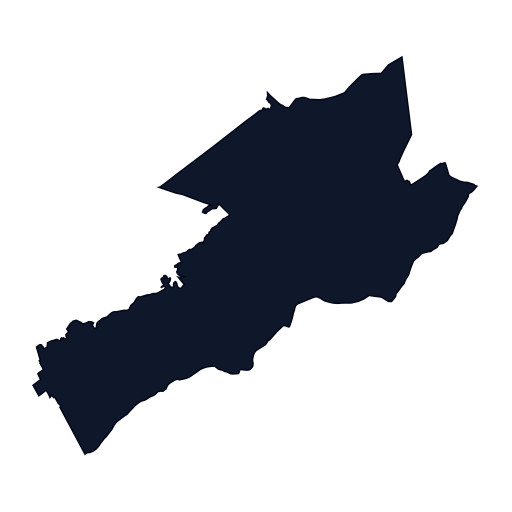 Draganu, Arges, Romania, rotated 92°
{"feature_id": "2599482B87206763535971", "entity_name": "Draganu", "entity_type": "district", "adm_level": 2, "iso_a3": "ROU", "parent_name": "Romania", "parent_adm1": "Arges", "projection": "natural_earth1", "projection_center": [24.702, 44.943], "detail": "fine", "context": "isolated", "style": "filled", "palette": "ink", "viewbox_px": 512, "rotation_deg": 92, "n_neighbors": 0, "source": "geoboundaries", "source_scale": "gbopen_adm2", "svg_char_len": 6068}
<svg xmlns="http://www.w3.org/2000/svg" viewBox="0 0 512 512"><g transform="rotate(92 256 256)"><path d="M387.0,467.0L393.0,474.3L403.3,468.1L397.4,460.9L402.5,457.9L404.6,457.0L402.2,455.4L404.6,453.2L404.2,452.4L404.8,451.7L410.2,448.5L410.9,447.3L410.9,447.1L412.2,446.3L413.1,446.2L414.1,446.6L460.0,420.0L459.3,419.1L458.7,418.1L458.3,416.9L458.1,415.1L456.4,411.4L454.7,409.3L451.4,406.5L447.9,404.4L443.6,401.2L442.2,399.8L434.4,394.1L429.4,391.6L427.6,390.2L426.2,389.0L420.8,382.4L418.5,379.2L415.5,376.8L408.8,370.7L406.5,367.9L404.9,365.4L404.0,362.4L402.7,360.1L400.7,357.4L399.4,354.5L398.1,352.3L394.9,349.2L394.6,347.8L394.2,347.1L394.5,345.2L394.3,344.2L394.0,343.7L393.2,343.0L392.3,341.4L389.4,340.4L387.7,339.4L385.5,337.1L382.6,332.5L381.9,330.3L382.4,328.0L381.1,323.0L380.0,319.8L378.8,317.6L371.3,307.7L370.3,305.9L368.7,301.9L367.9,297.5L367.5,294.2L367.5,293.4L368.8,291.6L369.8,290.5L370.6,289.1L371.2,286.0L372.5,282.9L372.8,281.3L374.5,277.5L374.7,275.5L374.2,270.0L374.0,269.4L373.4,269.0L370.6,268.3L370.0,267.9L370.4,261.3L370.1,259.2L369.4,257.8L367.4,256.0L365.7,255.3L363.5,255.2L360.6,255.8L358.9,255.8L354.4,254.9L352.7,254.2L351.0,253.1L349.5,251.3L344.5,243.7L342.7,242.4L340.3,241.1L339.9,240.7L339.3,239.4L330.8,232.5L324.9,226.6L324.6,225.5L324.7,224.0L325.8,220.6L325.1,220.0L318.8,218.1L311.1,216.5L309.1,215.8L306.0,215.3L304.3,214.6L303.5,214.0L302.4,212.7L295.6,197.8L294.7,195.2L294.6,193.5L296.0,190.0L297.8,187.1L298.5,185.6L299.8,180.5L300.3,177.1L300.5,173.3L300.0,168.4L299.6,159.1L297.7,152.1L295.2,146.8L291.7,141.9L291.4,141.1L291.7,139.7L292.6,130.0L293.3,128.0L296.7,122.3L296.8,119.1L296.2,118.5L291.8,115.2L288.7,114.7L286.2,112.7L281.0,109.3L278.4,107.1L274.8,105.9L273.1,104.8L269.2,102.8L262.4,100.9L255.6,98.5L254.0,96.8L253.3,96.3L252.6,95.3L251.0,93.6L248.2,91.0L247.5,89.8L246.7,87.5L245.8,84.2L245.3,81.3L244.1,80.1L241.0,75.3L238.5,73.9L237.5,72.9L237.0,70.1L236.4,68.7L234.0,65.5L228.3,62.2L227.0,60.9L226.3,60.6L216.1,57.4L215.1,57.3L212.8,56.5L208.7,55.9L202.4,53.3L201.6,52.5L198.9,51.5L195.7,49.3L190.4,46.5L189.1,46.0L187.3,45.9L186.5,45.5L185.3,44.3L184.9,43.4L183.8,42.0L182.5,40.8L178.5,37.7L178.0,39.4L176.8,41.0L175.1,47.1L175.0,51.0L174.2,54.8L170.1,64.1L168.6,66.0L157.7,69.6L156.2,70.4L157.3,73.8L157.0,74.6L159.3,78.0L164.9,85.3L167.4,86.9L169.6,89.0L175.9,97.8L179.9,103.7L176.0,105.7L176.0,106.6L175.1,107.8L176.5,110.2L161.2,117.6L159.6,118.1L156.9,116.5L154.1,115.6L146.2,112.4L129.2,104.8L52.0,117.1L60.4,130.3L69.1,137.1L69.7,146.3L70.8,155.5L71.6,156.9L75.4,160.7L83.9,168.6L89.7,173.1L93.8,182.3L96.7,192.3L97.6,197.7L97.6,207.6L96.0,212.7L95.9,214.7L96.1,216.0L97.0,218.8L97.5,221.4L99.6,223.1L106.1,227.6L106.7,228.4L106.4,231.8L104.6,234.9L104.1,236.3L102.6,238.6L95.6,246.9L92.3,250.2L94.5,250.0L94.8,249.6L99.1,250.9L99.6,250.1L101.8,248.5L102.7,247.2L104.0,246.1L104.7,245.9L107.2,246.2L109.3,247.5L108.1,249.1L108.6,250.2L109.5,251.4L109.4,251.7L108.2,252.1L108.2,253.0L107.8,253.5L108.1,254.2L108.6,254.3L109.8,254.1L110.5,257.0L111.6,258.6L114.9,262.4L121.7,271.0L149.3,303.9L174.3,334.7L187.3,350.3L190.4,354.3L190.7,355.3L192.7,349.0L195.9,338.2L197.0,331.7L204.5,309.7L205.6,305.4L206.8,302.4L207.0,303.0L206.9,304.2L207.9,305.6L208.8,306.2L208.8,306.6L209.8,307.2L209.8,308.1L211.7,310.3L213.4,310.5L213.9,311.0L214.4,310.4L213.8,309.5L214.1,309.2L214.8,309.2L215.2,308.5L215.2,307.9L215.0,307.2L213.8,306.4L212.5,304.9L212.4,304.3L211.7,304.1L211.5,303.8L211.6,303.4L211.4,303.1L211.1,303.0L210.2,301.2L209.9,297.5L205.2,294.9L215.2,284.1L217.0,284.6L218.4,287.3L219.4,288.4L219.8,289.8L220.6,290.7L221.4,291.1L222.2,292.1L223.4,293.0L224.5,294.4L226.7,295.8L229.4,300.4L230.7,301.6L231.5,302.0L232.7,302.0L234.0,303.8L235.6,303.8L236.5,304.6L236.4,305.5L236.9,306.1L238.4,306.8L239.6,308.0L240.6,308.1L242.0,308.0L242.7,308.3L243.4,309.1L244.9,309.0L244.2,311.1L244.6,312.4L245.2,313.6L247.9,316.7L249.3,317.4L251.8,320.8L251.8,322.6L252.5,323.8L254.0,324.9L254.6,325.8L255.6,329.0L256.9,331.5L257.0,332.8L257.4,333.8L265.1,330.2L266.0,333.5L267.4,334.7L268.2,336.4L268.8,336.9L269.8,336.9L270.0,335.7L269.8,334.5L271.1,333.8L272.9,333.8L274.4,334.6L275.6,334.4L276.0,333.7L276.9,333.4L277.4,332.5L278.2,332.0L279.2,327.7L280.2,330.7L280.2,331.9L279.9,333.0L287.0,326.7L289.0,328.5L290.7,329.3L291.0,330.5L290.3,332.7L287.3,334.1L286.0,334.2L285.3,334.9L284.5,335.3L284.4,335.9L285.1,336.6L286.0,337.2L287.5,337.5L288.8,337.1L289.8,337.6L290.3,338.3L290.5,339.2L289.7,340.4L287.1,342.4L286.0,342.9L285.5,341.9L283.2,340.9L281.7,340.7L280.9,341.1L281.5,342.1L281.4,343.7L279.5,344.6L279.1,345.1L278.7,345.8L279.0,346.2L278.7,347.1L279.1,347.6L279.7,347.5L281.5,346.8L282.5,346.6L282.8,346.8L280.7,348.1L280.8,348.6L281.3,349.3L282.4,350.2L286.1,348.6L287.6,347.2L288.8,347.8L289.8,349.1L290.5,349.6L290.7,349.4L289.7,347.6L289.5,346.5L289.6,345.8L290.0,345.5L291.1,345.6L292.3,346.2L296.2,352.5L296.8,354.0L297.0,355.0L297.1,357.4L297.7,359.2L298.4,360.6L298.7,363.6L299.2,363.6L299.1,364.6L301.0,370.2L300.8,372.0L301.3,372.8L302.8,374.0L306.8,376.2L309.7,379.3L314.1,381.2L314.8,383.1L315.0,386.9L316.6,393.2L316.6,395.2L317.2,397.3L318.5,399.2L322.2,402.8L323.4,406.6L324.3,408.1L324.9,408.5L326.6,410.7L328.1,412.2L329.6,412.8L332.5,413.0L334.1,413.9L334.6,414.7L332.0,416.3L330.3,417.6L329.5,416.4L328.4,416.0L327.6,417.9L327.4,420.6L329.7,425.3L329.7,426.9L328.5,428.6L327.6,430.9L326.6,432.9L326.6,433.7L327.5,436.5L330.2,439.3L335.5,442.6L338.5,440.6L340.4,442.6L341.1,443.2L342.8,443.0L344.3,442.1L346.0,444.9L344.5,445.4L344.9,446.5L344.6,447.4L345.3,448.1L347.0,448.5L347.5,448.9L347.5,449.9L346.4,451.4L346.4,452.5L346.7,453.8L347.1,454.3L347.5,455.5L348.0,457.6L348.9,459.5L350.0,461.3L352.8,461.4L354.9,461.8L355.3,463.1L355.9,464.2L355.6,465.0L353.9,465.9L353.2,466.9L352.4,467.2L352.2,468.0L352.2,468.6L352.3,468.6L352.9,470.3L353.1,470.3L353.7,470.9L353.9,471.4L354.1,471.4L354.7,472.2L367.5,468.0L368.1,468.9L370.4,467.7L370.7,468.1L376.9,464.4L380.6,469.4L381.4,469.9L387.0,467.0Z" fill="#0f172a" stroke="#020617" stroke-width="1.5"/></g></svg>